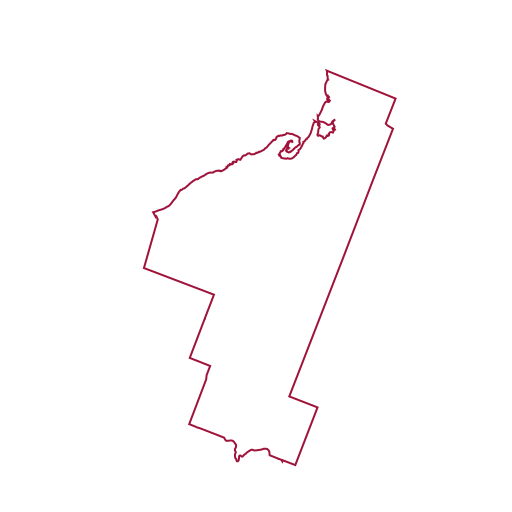 Barunga West, South Australia, Australia, rotated 21°
{"feature_id": "25037944B23405884319913", "entity_name": "Barunga West", "entity_type": "district", "adm_level": 2, "iso_a3": "AUS", "parent_name": "Australia", "parent_adm1": "South Australia", "projection": "albers", "projection_center": [137.906, -33.795], "detail": "fine", "context": "isolated", "style": "outline", "palette": "rose", "viewbox_px": 512, "rotation_deg": 21, "n_neighbors": 0, "source": "geoboundaries", "source_scale": "gbopen_adm2", "svg_char_len": 6039}
<svg xmlns="http://www.w3.org/2000/svg" viewBox="0 0 512 512"><g transform="rotate(21 256 256)"><path d="M255.6,57.6L256.3,58.4L257.2,61.0L257.7,61.9L258.1,62.0L258.8,63.3L259.1,64.2L259.6,64.9L259.6,65.7L260.0,65.8L259.5,66.4L259.2,70.9L260.5,75.0L261.4,77.2L263.0,79.5L264.3,80.8L265.5,81.4L265.6,81.0L265.2,80.5L265.4,80.4L265.9,80.9L266.7,81.1L267.3,81.6L267.2,81.8L266.5,81.9L266.4,82.3L266.6,82.7L266.2,82.7L266.0,83.0L266.2,84.0L266.4,84.4L266.8,84.6L267.5,84.5L267.8,84.8L267.7,85.3L268.0,85.0L268.5,84.9L268.6,85.4L268.7,84.7L268.2,84.4L268.2,84.0L269.3,84.5L269.0,85.8L268.7,86.2L266.2,86.7L265.8,87.2L265.5,87.9L264.9,92.5L265.1,95.5L264.6,101.3L264.1,103.0L263.9,103.2L263.4,103.0L263.8,103.8L264.5,105.2L264.5,106.0L265.5,107.1L267.0,107.6L267.9,107.5L268.9,107.2L270.7,106.8L273.6,107.1L275.4,107.7L276.4,107.8L278.2,106.6L278.8,105.7L279.0,104.3L279.4,104.8L279.6,104.6L279.7,104.3L279.3,103.5L279.4,102.8L279.9,101.6L280.5,100.9L280.6,101.0L280.2,101.7L279.8,103.0L279.9,104.0L280.1,104.4L280.9,105.3L283.1,107.2L283.0,107.8L282.1,108.7L281.9,109.1L284.3,109.5L284.5,109.7L284.3,109.9L283.4,109.9L282.6,110.4L283.6,111.5L283.7,112.5L283.6,113.2L281.9,113.3L280.6,114.2L280.2,116.0L280.7,116.3L280.8,117.1L280.7,117.6L280.0,118.2L279.2,117.9L279.0,118.0L278.7,120.3L278.2,121.2L277.3,122.1L276.7,121.8L275.4,120.5L274.6,120.8L272.2,120.4L271.3,121.3L270.7,121.5L270.2,121.2L269.8,120.6L269.9,118.9L269.4,117.4L268.9,115.3L268.9,114.6L269.3,113.6L269.4,113.1L269.0,112.5L267.2,111.7L266.8,111.3L266.6,110.9L266.7,110.5L266.9,110.4L268.3,110.7L268.3,110.3L268.2,110.1L267.6,109.7L265.6,109.2L262.4,108.9L263.3,109.6L262.8,109.9L262.2,111.0L262.3,112.8L262.3,114.6L262.7,117.1L262.9,120.6L263.0,121.6L262.5,125.6L262.1,126.7L261.6,127.5L261.6,128.4L261.0,128.9L260.7,129.6L260.6,130.4L260.3,131.3L260.0,131.9L259.3,132.4L259.8,133.6L259.5,134.9L259.5,136.0L259.3,138.1L259.1,138.4L259.1,139.0L258.8,140.3L257.7,141.9L258.4,143.4L258.4,144.6L257.7,145.0L257.4,145.4L257.4,147.0L257.3,147.4L256.8,148.0L255.8,150.3L254.4,152.2L252.8,153.1L251.4,153.4L250.5,153.3L249.7,154.2L247.1,154.9L245.3,155.2L244.3,155.2L243.9,154.6L243.2,154.3L242.9,154.0L241.8,154.0L241.1,153.2L241.3,153.1L242.4,153.3L241.4,152.4L241.3,151.6L241.5,150.9L241.4,150.6L242.0,149.5L241.8,149.2L242.7,148.8L242.9,148.3L243.1,148.3L243.3,147.8L243.1,146.5L243.3,146.3L243.6,146.4L243.9,145.6L243.9,144.5L244.4,143.2L244.4,142.1L244.8,141.5L244.6,141.3L244.7,140.7L245.0,137.9L245.7,137.1L246.8,136.3L247.1,135.8L247.8,135.5L248.4,135.5L249.0,136.2L249.3,137.1L249.5,137.3L248.5,136.0L247.8,135.8L247.0,136.5L246.2,138.0L246.0,138.9L246.3,142.7L246.5,142.7L246.6,142.4L246.8,142.6L246.6,142.9L247.7,143.2L247.4,143.4L247.8,143.7L247.8,143.9L247.3,143.7L246.8,143.0L246.5,143.2L246.5,143.5L247.0,143.8L247.2,144.1L246.9,143.9L246.7,144.1L246.5,143.8L246.4,144.7L246.5,145.0L246.3,145.2L246.3,145.9L246.5,146.2L246.3,146.5L247.0,146.7L247.0,146.8L246.7,146.8L246.7,147.1L246.9,147.2L246.9,147.3L247.4,147.5L249.5,147.6L249.9,147.3L249.9,147.1L250.1,146.8L250.5,146.8L250.9,146.4L251.5,145.5L250.4,146.6L250.2,146.7L251.4,145.4L252.4,143.9L252.8,142.9L252.1,142.9L253.0,142.5L253.9,140.4L254.7,139.7L256.1,136.9L256.5,136.7L256.6,136.1L256.8,136.1L256.4,134.8L255.7,134.2L255.1,132.8L255.0,132.2L255.0,131.8L254.5,130.0L252.4,129.6L251.6,129.3L248.7,129.4L247.0,129.1L245.2,129.3L244.4,129.8L243.0,129.8L240.7,130.3L240.1,131.7L239.4,132.6L238.6,132.9L238.2,133.4L237.6,133.6L237.3,134.1L236.9,134.4L235.7,134.6L234.9,135.5L234.1,135.5L233.6,136.4L233.1,136.6L232.5,137.7L232.7,139.2L232.4,140.6L232.0,141.0L231.1,141.0L230.5,141.7L230.4,142.7L229.9,143.3L228.9,145.9L228.1,147.6L227.0,151.0L226.1,151.9L225.7,153.2L225.1,154.2L222.9,156.7L222.1,157.3L221.7,157.9L221.2,157.9L221.1,158.4L220.4,159.0L219.9,159.2L219.7,159.6L219.2,159.6L219.1,160.1L217.8,161.6L214.9,162.9L213.1,162.4L211.4,163.5L210.9,164.6L209.9,166.0L209.5,166.2L209.0,166.3L208.5,166.6L208.0,167.3L207.7,168.1L206.9,171.8L205.8,172.0L205.5,171.8L205.2,171.8L203.5,172.9L203.3,173.3L203.9,173.9L203.9,175.4L203.6,175.6L201.6,175.7L201.4,176.2L200.9,176.4L201.0,176.8L200.6,177.0L200.6,177.6L201.4,177.9L201.0,178.8L199.9,179.4L198.6,179.4L198.5,179.8L198.8,180.4L198.3,180.7L198.2,181.3L197.5,181.4L197.4,183.3L196.6,183.4L196.7,183.7L197.1,184.1L197.1,184.4L196.1,185.4L195.7,186.5L194.9,187.2L194.3,188.2L193.1,189.3L192.9,189.3L192.4,190.1L192.5,189.4L191.7,189.4L191.5,189.7L190.7,189.5L189.9,190.1L188.5,190.7L186.6,192.5L185.9,193.6L183.8,194.3L182.0,195.4L180.0,197.5L179.7,198.2L178.6,199.7L177.1,201.1L176.4,202.1L175.7,202.7L174.2,205.0L173.8,205.4L173.1,205.5L172.3,206.0L170.2,208.8L169.7,209.9L168.9,210.9L168.4,212.1L167.8,212.9L167.6,213.8L166.6,215.5L166.1,216.6L164.9,218.5L163.9,219.2L162.9,220.9L161.9,221.4L161.1,223.9L160.7,226.1L160.3,230.1L159.8,231.5L159.7,232.2L159.2,232.9L157.9,237.6L157.0,240.0L156.4,240.9L155.6,241.6L154.8,242.5L153.9,243.9L151.6,246.1L148.8,248.2L145.4,251.3L144.3,252.0L148.6,255.6L148.9,254.8L151.2,257.1L155.7,307.4L230.6,307.2L230.6,332.1L230.8,332.6L230.6,332.7L230.7,374.9L252.6,375.1L252.6,384.9L253.7,389.0L253.9,436.9L260.9,437.0L262.8,437.2L263.5,437.0L265.9,436.9L291.3,437.0L293.2,438.6L293.9,439.0L294.9,439.1L298.7,437.2L299.8,436.9L301.1,437.0L302.1,437.5L305.0,439.4L305.4,440.3L305.7,441.5L305.8,442.2L305.5,443.5L305.6,444.2L306.0,445.0L307.4,446.3L307.5,448.7L307.8,449.8L309.0,451.9L310.0,452.5L310.6,453.1L311.3,454.2L311.8,454.4L312.6,454.2L312.8,453.9L313.0,453.2L312.7,451.1L312.0,449.1L312.1,448.5L312.4,448.1L312.8,447.9L313.2,447.9L314.3,448.3L314.9,448.3L315.4,447.9L316.0,446.1L317.1,444.6L318.1,442.4L320.7,438.9L321.8,438.2L323.7,438.2L325.5,437.6L330.4,434.8L332.4,433.1L334.2,432.4L335.7,432.2L336.6,432.5L337.7,433.1L338.5,433.9L340.2,437.1L349.0,437.2L349.4,437.4L349.9,437.4L350.4,437.2L353.0,437.2L353.2,437.6L354.3,438.4L354.3,437.1L367.6,437.1L367.7,375.3L337.4,375.2L338.0,225.8L338.0,143.3L338.3,88.1L331.9,87.0L329.7,85.9L329.9,59.0L255.6,57.6Z" fill="none" stroke="#9f1239" stroke-width="2"/></g></svg>